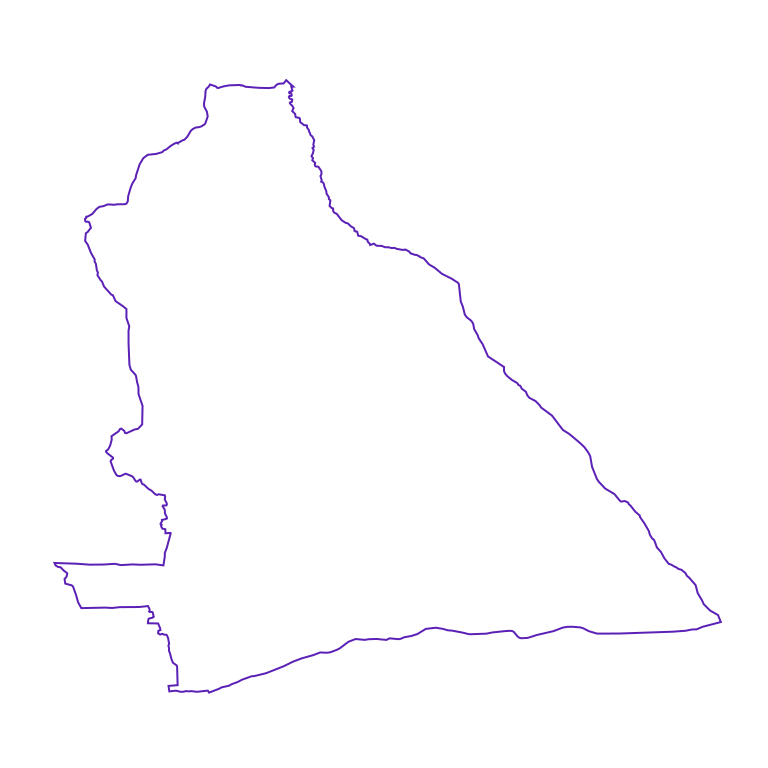 Lapos, Buzau, Romania, rotated 89°
{"feature_id": "2599482B27443512706553", "entity_name": "Lapos", "entity_type": "district", "adm_level": 2, "iso_a3": "ROU", "parent_name": "Romania", "parent_adm1": "Buzau", "projection": "orthographic", "projection_center": [26.415, 45.162], "detail": "fine", "context": "isolated", "style": "outline", "palette": "violet", "viewbox_px": 768, "rotation_deg": 89, "n_neighbors": 0, "source": "geoboundaries", "source_scale": "gbopen_adm2", "svg_char_len": 6095}
<svg xmlns="http://www.w3.org/2000/svg" viewBox="0 0 768 768"><g transform="rotate(89 384 384)"><path d="M557.2,716.6L559.7,715.5L561.2,713.1L561.6,710.6L565.2,707.2L567.4,704.3L568.1,704.0L571.4,704.9L573.3,706.8L578.0,706.2L579.8,699.9L581.0,698.5L589.5,695.6L596.8,693.7L602.8,690.6L602.7,666.9L603.2,659.6L602.5,652.2L602.7,632.8L601.9,623.9L604.6,622.5L606.3,622.3L607.4,622.8L607.8,622.5L607.9,619.7L608.6,619.2L612.6,618.3L612.8,619.0L613.5,619.2L614.5,623.3L616.1,623.9L619.1,624.2L619.5,614.0L624.6,612.0L626.2,611.9L626.8,613.9L629.3,614.2L630.6,612.3L629.9,609.8L630.7,608.5L630.9,606.2L631.4,605.5L634.2,604.3L640.1,603.4L641.9,604.1L644.4,603.5L647.1,603.7L648.7,602.9L655.4,601.3L659.0,599.9L661.8,596.2L662.9,595.8L681.5,595.6L682.1,604.7L687.6,604.0L687.0,597.4L688.2,592.6L688.2,589.8L687.6,587.5L687.9,584.4L687.7,582.0L688.5,576.5L687.5,565.5L689.5,564.3L685.8,554.1L684.5,551.7L682.9,544.0L681.5,541.6L679.4,535.5L677.2,531.2L674.0,521.8L673.6,517.9L671.1,507.0L664.4,489.1L660.1,480.0L656.8,470.8L653.8,459.3L651.3,452.5L651.7,446.2L651.4,442.7L649.1,436.1L647.5,432.8L641.1,424.0L638.5,416.9L639.5,407.6L638.9,403.6L638.8,395.9L639.9,386.1L638.4,382.8L639.4,373.8L639.0,371.6L637.6,368.3L636.4,361.0L634.6,355.0L629.6,346.5L628.6,336.4L629.8,329.7L631.4,324.4L631.8,320.1L634.0,309.5L635.6,303.6L635.7,301.6L635.4,286.0L634.3,280.0L633.1,266.4L633.0,261.5L633.4,259.6L634.3,258.4L638.8,254.8L640.0,253.2L640.6,251.4L640.4,245.4L640.0,243.4L637.7,235.9L634.0,218.6L630.7,209.6L630.0,204.7L630.1,198.9L630.8,191.9L631.7,189.1L634.7,183.5L637.3,175.3L637.6,153.3L636.7,99.9L636.0,86.9L634.8,80.1L634.8,75.9L632.3,69.6L627.9,51.4L620.9,54.0L616.2,61.9L609.8,68.1L605.9,69.8L598.6,74.0L590.6,75.9L582.7,82.5L581.2,84.4L578.2,86.0L575.0,89.8L573.8,93.3L572.5,94.7L571.5,97.1L569.7,99.8L568.8,102.4L563.2,106.7L556.8,110.0L552.2,114.0L545.8,116.2L544.5,116.8L543.0,118.7L539.1,120.9L535.5,121.8L527.8,126.1L521.6,130.3L520.1,130.5L515.8,135.2L510.1,139.5L508.3,141.4L506.7,142.1L505.2,145.4L505.7,148.6L505.2,149.9L498.1,155.5L492.4,164.7L485.3,171.1L482.4,172.9L470.5,177.4L459.7,179.1L456.5,180.7L450.8,184.6L447.0,188.4L439.6,196.8L437.1,199.8L433.0,206.0L418.5,216.6L410.3,227.3L407.9,228.8L403.7,232.8L400.5,238.7L398.0,240.8L394.2,242.3L391.2,246.2L388.1,247.9L387.3,249.7L385.5,250.6L382.2,256.0L378.3,260.6L375.4,262.9L373.1,263.8L369.1,263.7L358.3,279.5L346.1,284.6L340.1,288.4L336.6,289.6L330.9,292.8L325.8,293.7L323.6,294.7L322.0,296.0L318.6,300.2L315.9,302.0L308.1,303.8L302.9,305.8L285.4,307.4L284.0,308.4L279.9,314.5L274.8,324.2L268.9,331.0L265.2,336.9L259.1,342.1L257.7,345.8L257.1,346.2L255.6,349.0L255.3,351.4L254.4,353.2L254.1,354.8L251.9,356.7L249.9,360.3L250.3,362.2L250.1,363.8L249.1,368.9L248.1,371.1L248.2,374.0L247.4,377.0L247.3,380.5L245.9,383.8L245.6,389.1L243.5,391.7L244.8,395.4L243.4,395.9L241.5,397.7L239.3,398.2L239.0,399.4L235.8,404.4L235.3,407.2L231.5,408.1L230.9,408.7L231.0,409.9L230.2,411.0L228.7,410.9L227.5,411.5L225.7,414.5L222.7,417.4L222.2,419.5L219.5,423.5L213.0,428.3L212.0,430.5L211.3,431.2L209.8,431.9L207.6,431.8L207.1,433.3L205.1,435.3L199.4,434.4L198.3,435.8L196.0,436.0L193.0,438.0L190.0,438.4L185.5,440.2L183.0,440.6L181.4,441.5L180.6,443.3L179.1,442.7L175.0,443.9L173.2,442.9L170.2,442.9L165.9,445.6L165.5,446.2L165.4,448.3L164.8,449.0L163.7,449.4L161.8,448.9L159.0,451.8L157.0,451.0L155.2,452.4L154.5,452.4L152.3,451.1L148.6,450.2L146.9,451.4L145.5,449.8L143.5,450.5L139.0,449.5L135.4,451.3L133.6,453.2L131.5,453.7L130.5,454.5L128.5,454.8L126.2,456.5L124.3,456.5L123.9,457.5L123.9,459.3L120.7,463.2L117.1,463.5L116.4,464.2L115.8,467.3L115.3,467.8L112.5,468.1L109.5,471.0L106.5,469.6L104.0,471.0L102.2,472.9L101.3,473.3L100.7,472.8L100.2,471.1L97.9,470.8L97.3,472.8L96.3,473.8L95.2,474.1L94.3,473.4L94.5,472.0L94.0,471.3L92.2,471.5L91.7,472.0L91.6,473.5L90.8,473.8L90.0,473.2L89.7,471.1L89.2,470.4L85.1,471.5L85.1,469.6L78.5,476.5L81.7,479.1L82.0,484.4L83.3,486.6L85.6,488.6L86.1,494.0L85.7,504.0L84.4,517.2L82.8,520.9L83.1,521.7L82.5,522.8L82.7,533.7L83.6,539.1L85.2,544.8L85.0,545.5L83.6,546.9L81.5,552.7L83.4,553.9L86.0,556.6L88.4,557.4L93.5,557.7L99.8,559.0L103.3,559.0L108.7,556.3L113.4,555.6L120.1,558.0L121.2,558.8L123.1,561.8L123.9,564.1L124.3,567.8L125.7,570.7L127.5,572.8L133.2,576.2L136.4,579.4L136.7,580.8L139.3,585.7L139.9,585.9L139.1,587.1L140.1,589.6L142.3,593.2L145.7,597.6L146.6,599.9L148.3,601.7L150.0,607.9L150.7,616.2L154.0,620.7L160.1,624.5L170.5,628.1L174.0,628.8L179.1,632.1L183.6,634.0L191.8,636.5L196.9,637.0L199.2,638.4L199.7,639.9L199.7,648.4L200.1,650.0L199.6,657.1L201.3,661.6L201.9,665.5L204.1,668.5L208.9,672.7L211.2,677.0L211.6,678.8L212.5,678.7L213.7,680.1L216.1,679.8L216.6,678.9L216.6,677.1L217.2,675.9L222.7,674.3L226.9,677.7L228.1,679.5L235.7,680.3L239.7,677.7L247.8,674.7L254.4,671.1L256.5,671.2L259.1,669.9L265.5,669.1L267.4,668.1L270.2,668.6L274.8,665.8L276.8,664.1L281.7,662.2L289.8,655.2L290.6,653.5L296.5,650.9L302.0,643.2L304.6,640.2L313.4,640.4L321.8,637.7L326.4,638.5L339.1,638.7L360.5,638.2L365.3,636.9L370.5,632.3L372.1,631.7L377.6,630.9L382.6,629.6L389.8,629.6L401.7,625.8L420.2,626.5L424.6,630.9L425.1,634.1L428.7,642.3L428.4,643.8L426.3,644.5L424.3,647.1L424.0,647.5L424.5,648.8L426.7,650.2L431.5,657.4L434.9,657.2L440.8,658.9L444.7,661.0L446.0,663.0L446.9,663.1L448.7,661.5L452.9,656.2L454.0,656.3L455.3,658.2L456.6,658.7L465.9,655.5L470.3,653.1L471.2,651.9L471.5,650.3L471.3,648.7L469.3,644.3L469.3,643.5L471.7,637.8L472.6,636.6L477.0,633.8L477.3,633.0L477.0,632.1L475.5,630.1L475.3,629.1L479.5,627.7L480.6,625.6L484.7,621.4L486.6,618.3L490.2,614.7L491.0,612.9L490.3,611.3L491.5,605.1L492.4,604.8L495.6,605.2L499.3,603.4L500.6,603.2L501.6,603.7L501.6,607.1L502.4,607.5L505.8,605.4L509.6,605.3L513.0,603.6L514.7,603.4L515.5,605.6L516.0,608.4L517.3,608.3L519.9,609.9L520.9,608.8L521.9,609.4L522.7,609.2L524.8,608.0L525.4,605.2L529.4,605.1L529.2,600.0L529.7,599.9L544.2,604.1L549.1,606.1L552.8,606.2L561.5,607.7L560.3,615.8L560.5,630.0L560.0,638.9L560.5,650.2L559.1,656.1L559.6,667.6L559.5,681.5L558.3,694.9L557.2,716.6Z" fill="none" stroke="#5b21b6" stroke-width="2"/></g></svg>